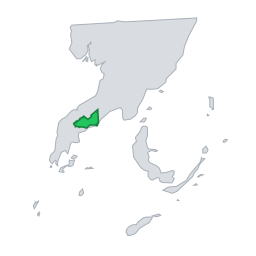 Sohe District, Northern, Papua New Guinea shown in context, rotated 87°
{"feature_id": "67681753B17052128293430", "entity_name": "Sohe District", "entity_type": "district", "adm_level": 2, "iso_a3": "PNG", "parent_name": "Papua New Guinea", "parent_adm1": "Northern", "projection": "equal_earth", "projection_center": [147.829, -8.649], "detail": "fine", "context": "in_parent", "style": "filled", "palette": "green", "viewbox_px": 256, "rotation_deg": 87, "n_neighbors": 0, "source": "geoboundaries", "source_scale": "gbopen_adm2", "svg_char_len": 5659}
<svg xmlns="http://www.w3.org/2000/svg" viewBox="0 0 256 256"><g transform="rotate(87 128 128)"><path d="M22.3,178.6L22.0,136.2L20.4,133.0L21.9,125.5L21.7,53.6L24.7,53.9L39.4,62.7L49.3,67.3L58.0,69.4L65.9,76.6L71.8,77.0L80.6,87.1L84.1,87.8L90.3,96.2L90.6,103.0L90.0,107.3L99.4,111.4L108.4,117.3L113.3,117.9L116.0,119.9L119.3,124.9L119.9,131.5L118.0,132.7L109.6,132.7L107.2,134.8L110.6,145.3L118.2,154.8L124.0,159.2L125.7,167.8L128.6,170.5L130.4,177.4L133.4,178.1L139.2,177.0L140.1,179.8L139.2,184.2L140.1,185.9L150.7,189.5L147.2,191.8L148.8,195.8L155.7,199.1L160.0,200.4L162.6,200.0L159.6,202.0L156.9,201.4L156.4,202.0L157.5,203.6L159.7,205.4L157.4,207.7L155.1,208.0L150.8,206.5L147.0,202.3L135.4,200.4L131.4,198.5L128.3,199.2L118.9,196.8L115.8,193.8L113.7,189.3L108.2,183.8L106.9,181.1L107.4,177.5L105.9,178.1L102.7,175.4L94.1,158.7L89.8,156.3L79.0,153.4L77.5,150.1L72.4,148.9L71.3,151.1L67.2,152.6L63.7,151.0L60.2,146.9L64.4,156.1L62.9,156.1L63.6,157.5L62.8,157.8L58.3,157.2L59.7,161.1L52.3,163.2L46.8,162.4L44.2,163.4L43.1,163.3L41.7,160.4L39.7,161.0L41.4,161.0L43.5,164.3L48.1,163.8L52.6,166.3L56.4,171.8L56.2,175.6L46.0,182.6L40.1,179.6L31.5,180.4L28.4,179.3L24.5,180.6L22.3,178.6ZM176.7,84.5L178.8,86.4L181.0,84.4L185.1,86.9L184.3,96.2L183.0,98.7L179.5,99.7L179.0,101.0L181.3,106.5L180.4,108.4L177.3,110.4L172.3,110.2L171.0,114.0L168.2,117.3L157.4,123.9L145.7,124.4L141.9,120.3L137.8,121.1L132.4,116.3L127.9,114.3L127.0,112.5L127.1,110.1L128.3,108.7L136.4,108.9L141.6,110.8L148.3,109.7L150.2,108.2L150.9,102.3L152.0,99.8L153.1,100.9L151.7,105.5L153.3,109.7L158.1,108.4L161.2,109.4L163.6,108.2L167.0,101.8L169.7,98.8L174.6,97.3L174.5,92.6L172.8,86.1L173.5,84.2L176.7,84.5ZM235.6,132.0L235.0,134.1L234.7,133.4L232.2,135.4L229.4,134.8L226.9,132.7L225.0,128.9L224.9,124.7L222.2,122.8L218.6,117.5L217.9,114.0L218.2,108.1L223.4,111.5L228.7,121.6L233.7,126.1L235.6,132.0ZM195.5,87.1L192.0,96.4L189.9,92.6L189.0,89.9L188.9,82.9L183.3,72.3L177.6,68.8L166.0,57.8L161.4,56.1L162.6,55.6L162.6,52.9L168.3,58.6L171.8,60.0L176.6,64.4L179.8,65.9L193.8,82.4L195.5,87.1ZM102.9,41.3L113.9,41.7L114.1,43.0L112.7,43.1L110.8,45.3L104.3,44.7L101.4,45.8L101.2,44.3L102.2,43.8L102.1,42.1L102.9,41.3ZM158.1,183.0L160.1,184.6L161.8,184.4L163.1,186.2L163.3,189.1L162.6,189.8L162.1,188.9L156.8,188.3L157.8,186.6L156.8,183.3L158.1,183.0ZM157.0,54.6L153.1,54.5L150.2,51.0L154.0,49.2L156.9,50.9L157.0,54.6ZM165.9,195.9L168.4,194.0L169.0,194.7L168.0,199.2L164.2,197.3L161.6,189.9L165.9,195.9ZM186.4,176.6L190.6,175.7L192.6,177.7L193.2,178.4L192.8,180.4L189.3,179.6L186.4,176.6ZM195.9,220.8L203.7,225.8L200.8,226.6L198.3,225.3L198.0,224.1L197.0,224.5L197.6,223.6L195.9,220.8ZM122.5,115.5L119.0,111.6L119.2,109.1L122.9,111.3L122.5,115.5ZM155.5,185.8L154.4,186.0L152.1,183.3L153.5,180.3L155.1,181.4L155.5,185.8ZM217.0,107.9L215.5,101.7L216.9,99.9L218.2,103.8L217.0,107.9ZM110.4,107.9L108.0,105.5L109.7,103.3L110.8,104.4L110.4,107.9ZM147.4,33.2L146.1,33.7L144.3,31.6L144.8,29.4L146.8,30.9L147.4,33.2ZM94.4,92.7L92.9,94.9L91.9,93.2L93.5,90.7L94.4,92.7ZM166.5,165.2L166.6,172.6L165.5,171.2L166.0,168.1L164.9,167.3L166.5,165.2ZM57.3,167.2L59.7,170.2L53.9,165.3L57.3,167.2ZM59.3,166.4L56.2,165.2L55.6,164.3L59.3,164.7L59.3,166.4ZM211.1,221.5L210.9,222.5L208.9,222.7L207.5,221.2L208.8,221.6L208.6,220.6L211.1,221.5ZM188.5,61.9L188.6,65.3L187.1,62.9L188.5,61.9ZM180.8,60.1L180.2,61.0L178.7,58.6L179.0,58.1L180.8,60.1ZM163.3,206.3L163.1,207.8L161.7,207.0L161.9,206.1L163.3,206.3ZM179.5,57.4L178.4,57.8L178.6,55.5L179.5,57.4ZM119.8,46.6L119.9,48.3L118.4,47.9L119.8,46.6ZM203.1,81.1L202.9,82.7L202.1,82.2L203.1,81.1Z" fill="#d9dde1" stroke="#a8b0b8" stroke-width="1"/><path d="M107.9,157.2L113.3,164.3L114.5,163.7L117.3,167.6L114.1,171.2L114.3,171.2L114.3,171.3L114.5,171.3L114.7,171.5L114.8,171.6L114.7,171.6L114.5,171.8L114.5,172.0L114.4,172.0L114.4,172.3L114.5,172.3L114.6,172.5L114.8,172.7L114.8,172.8L115.0,172.9L115.0,173.0L115.1,173.3L115.1,173.5L115.2,173.8L115.3,173.9L115.3,174.0L115.5,174.3L115.7,174.5L115.8,174.6L115.8,174.8L115.8,175.0L115.8,175.3L115.9,175.5L116.0,175.6L116.3,175.7L116.5,175.6L116.8,175.7L117.0,175.8L117.0,175.7L117.1,175.8L117.1,176.0L117.3,176.3L117.4,176.5L117.5,176.6L117.5,176.8L117.6,177.0L117.8,177.0L117.9,177.3L117.9,177.5L118.0,177.6L118.0,177.8L118.1,178.0L118.3,178.2L118.3,178.3L118.4,178.5L118.5,178.7L118.5,178.8L118.5,179.0L118.5,179.4L118.5,179.5L118.8,179.6L119.0,179.7L119.2,179.4L119.3,179.4L119.5,179.3L119.5,179.5L119.6,179.4L119.6,179.5L119.7,179.4L119.8,179.5L119.9,179.8L119.9,180.0L120.0,180.0L120.0,180.3L120.1,180.5L120.1,180.8L120.1,181.0L120.3,181.4L120.4,181.5L120.5,181.5L120.6,181.8L120.8,181.8L120.7,182.0L120.8,182.0L120.9,181.9L121.0,181.8L121.3,181.9L121.5,181.8L122.1,181.5L122.2,181.4L122.3,181.3L122.4,181.2L122.6,180.9L122.6,180.7L122.7,180.4L123.1,180.1L123.9,180.5L123.9,179.3L124.1,177.1L124.3,177.0L124.5,177.0L124.6,176.9L124.8,176.8L124.8,176.7L124.9,176.4L124.8,176.2L124.7,176.2L124.5,175.9L124.4,175.7L124.5,175.4L124.4,175.1L124.7,173.3L124.7,172.1L125.0,171.7L125.4,171.1L125.4,170.9L125.5,170.9L125.7,170.6L125.8,169.8L125.5,168.5L124.4,167.8L123.1,165.9L123.1,160.8L124.1,159.0L124.0,158.9L124.0,158.7L124.0,158.8L123.9,158.7L124.0,158.6L124.0,158.4L123.9,158.3L123.7,158.4L123.6,158.5L123.5,158.4L123.4,158.3L123.2,158.4L122.9,158.4L122.8,158.2L122.7,158.2L122.6,158.3L122.4,158.3L122.4,158.5L122.3,158.4L122.2,158.3L122.2,158.5L122.3,158.5L122.2,158.6L121.9,158.5L121.8,158.4L121.8,158.2L121.7,158.2L121.7,157.9L121.6,157.6L121.6,157.3L121.5,157.2L111.7,157.2L110.8,158.0L110.4,157.2L107.9,157.2ZM122.3,158.4L122.2,158.3L122.3,158.4L122.3,158.4Z" fill="#22c55e" stroke="#15803d" stroke-width="1.5"/></g></svg>